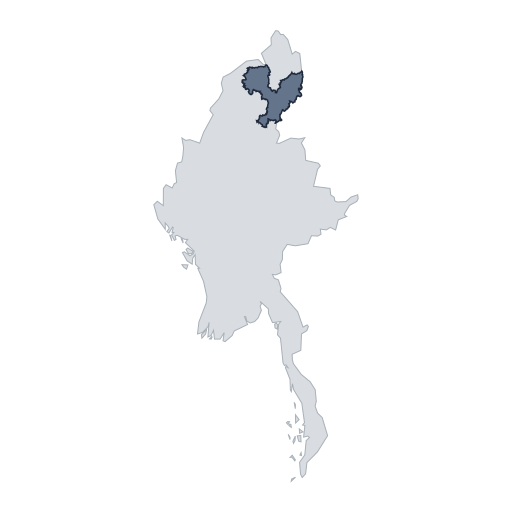 location of Myitkyina, Kachin, Myanmar
{"feature_id": "60261553B87045265182451", "entity_name": "Myitkyina", "entity_type": "district", "adm_level": 2, "iso_a3": "MMR", "parent_name": "Myanmar", "parent_adm1": "Kachin", "projection": "albers", "projection_center": [97.226, 25.827], "detail": "fine", "context": "in_parent", "style": "filled", "palette": "slate", "viewbox_px": 512, "rotation_deg": 0, "n_neighbors": 0, "source": "geoboundaries", "source_scale": "gbopen_adm2", "svg_char_len": 9350}
<svg xmlns="http://www.w3.org/2000/svg" viewBox="0 0 512 512"><path d="M335.6,230.0L330.2,227.4L326.3,229.9L320.3,229.1L321.0,234.3L317.6,236.1L311.5,235.7L308.0,243.7L295.4,245.8L287.2,244.4L282.6,251.5L282.4,259.5L280.1,264.3L281.1,272.6L275.7,274.9L272.4,274.4L274.2,278.2L278.4,279.9L281.0,288.5L280.2,291.8L297.6,311.6L303.0,327.1L307.1,324.9L308.4,326.5L306.8,330.7L301.5,333.9L300.8,350.3L292.1,354.3L292.4,359.8L293.4,363.7L301.3,374.5L310.2,381.8L315.2,389.8L316.3,401.3L315.1,406.2L317.6,413.1L322.2,417.6L327.6,435.7L317.4,452.0L306.9,462.6L305.6,473.8L302.2,477.5L300.5,474.0L299.6,462.3L304.8,454.9L306.2,440.6L309.5,437.5L307.7,436.1L303.6,437.1L304.9,425.5L302.6,425.0L304.5,422.6L301.8,403.2L293.6,389.6L292.5,383.7L291.3,391.7L290.4,390.1L290.0,379.4L285.4,367.6L285.8,366.6L288.0,367.6L286.0,364.9L284.4,365.5L283.0,362.7L280.5,338.2L277.5,334.8L278.6,324.2L280.8,321.5L272.5,322.6L268.6,313.7L268.3,308.8L260.1,301.4L261.5,303.7L260.1,306.2L261.4,310.4L258.0,318.1L254.6,321.6L250.1,323.0L246.6,320.8L245.8,316.7L244.4,316.6L247.6,324.5L234.2,331.0L232.1,335.6L225.1,341.6L223.0,340.8L224.2,332.6L220.1,339.1L214.5,339.1L213.5,330.3L211.1,335.4L207.9,337.0L209.1,322.3L208.1,326.5L202.7,332.3L197.5,334.0L198.9,322.0L206.2,303.0L206.9,296.7L203.5,281.3L197.8,268.3L199.5,268.2L195.5,264.4L195.1,254.8L192.7,258.2L192.2,264.2L187.1,260.9L182.4,252.5L184.4,251.8L190.0,255.9L193.3,253.7L194.2,251.1L185.4,242.7L187.7,239.4L184.8,239.4L177.3,235.3L175.1,235.9L176.0,239.4L174.4,240.4L171.6,235.0L173.8,232.5L172.0,232.3L173.3,227.7L172.6,227.0L168.9,233.0L166.8,231.5L169.2,228.5L168.4,226.6L165.2,222.9L165.3,229.4L157.8,218.9L153.8,204.7L157.3,201.3L163.3,205.6L163.4,188.4L166.1,184.7L172.2,188.0L174.2,183.7L176.6,182.6L175.4,170.7L177.5,163.1L181.7,161.9L182.9,155.8L183.6,147.4L181.9,138.0L185.6,140.4L189.9,139.7L199.7,143.1L203.6,132.3L213.2,114.7L209.9,110.6L210.5,108.1L218.8,98.9L223.0,90.7L221.3,83.2L223.1,77.1L230.5,73.3L246.5,61.1L258.2,59.5L263.0,64.3L266.2,64.8L261.4,53.3L271.3,44.7L271.0,37.9L275.6,30.7L278.2,31.0L280.6,34.5L283.2,34.4L287.8,39.6L292.2,54.1L295.5,51.4L299.8,53.5L302.0,74.8L300.9,87.2L298.3,90.1L300.4,95.2L296.2,97.1L293.3,102.0L289.1,102.4L286.3,109.3L282.1,110.3L279.8,115.6L280.3,119.6L276.9,122.0L275.7,128.9L278.7,131.6L279.7,135.3L276.5,143.1L279.2,143.4L290.9,138.1L299.2,139.0L304.8,137.7L301.4,143.0L304.9,149.8L305.7,160.4L318.3,163.2L320.3,165.9L317.6,169.2L313.5,186.3L330.0,188.4L330.7,194.9L334.2,197.3L334.8,200.9L337.1,202.0L345.9,201.6L351.1,197.0L357.7,194.8L358.2,198.6L356.8,201.4L349.5,205.4L344.7,213.3L344.4,215.0L346.7,216.5L338.3,219.8L335.6,230.0ZM187.7,248.0L192.9,251.3L191.9,253.6L188.5,253.7L186.0,249.5L187.7,248.0ZM295.5,414.8L299.1,419.6L295.6,423.0L295.5,414.8ZM186.5,269.2L183.8,267.3L181.9,264.7L187.9,264.9L186.5,269.2ZM300.8,435.5L301.0,441.9L298.7,441.2L297.2,435.9L300.8,435.5ZM205.6,334.1L201.9,338.2L201.4,334.7L206.6,329.7L205.6,334.1ZM277.2,329.1L275.0,327.9L274.7,324.1L276.4,323.1L277.8,324.9L277.2,329.1ZM293.5,443.4L292.9,441.3L295.3,436.1L295.0,440.6L293.5,443.4ZM292.2,455.2L295.4,459.9L294.8,460.9L291.9,457.2L290.1,457.4L292.2,455.2ZM302.9,431.9L299.6,433.3L299.3,428.9L302.9,431.9ZM295.5,477.2L291.2,481.3L291.7,479.0L295.5,477.2ZM170.6,235.7L171.9,241.0L169.6,234.7L170.6,235.7ZM295.4,404.7L295.3,408.7L294.2,402.3L295.4,404.7ZM182.7,239.8L183.1,243.1L181.0,238.3L182.7,239.8ZM291.3,427.4L288.8,425.5L289.6,424.1L290.9,424.4L291.3,427.4ZM289.5,421.7L287.9,424.4L286.4,422.8L287.6,421.6L289.5,421.7ZM290.0,437.3L290.0,439.6L288.2,434.3L290.0,437.3ZM211.2,339.1L209.5,338.9L211.8,336.3L212.1,337.3L211.2,339.1ZM301.5,455.6L299.9,455.1L301.1,452.6L301.5,455.6Z" fill="#d9dde1" stroke="#a8b0b8" stroke-width="1"/><path d="M275.6,123.2L276.7,122.0L277.0,122.1L278.4,121.4L279.5,120.2L280.2,120.6L280.9,120.7L281.7,120.1L281.4,119.3L280.8,119.3L280.1,118.6L280.2,117.7L279.8,116.9L280.0,115.3L279.9,114.4L280.4,114.4L281.1,113.4L282.5,109.8L283.3,110.0L284.1,111.2L284.6,111.1L285.8,110.1L286.3,109.0L287.5,108.9L287.7,108.3L288.2,107.8L288.3,106.8L289.1,106.9L289.4,106.2L289.2,105.8L289.5,105.2L288.8,103.8L289.4,103.5L290.1,102.7L290.0,101.9L289.7,101.1L291.6,101.6L292.9,103.0L293.6,102.3L294.2,102.1L294.4,101.8L294.9,101.8L295.0,100.2L296.1,99.5L296.3,99.0L296.1,98.4L296.5,97.8L296.4,97.3L296.8,96.6L297.4,96.1L297.3,95.9L297.7,95.7L298.3,95.6L298.7,96.1L300.0,96.7L300.6,96.3L300.8,96.3L301.1,95.6L301.5,95.5L301.4,94.4L301.2,94.1L301.0,93.4L300.0,92.4L299.5,92.5L299.1,90.4L299.0,90.1L298.7,90.0L298.8,89.7L298.5,88.9L298.8,88.4L299.2,88.7L299.7,88.3L300.2,88.4L300.5,88.9L300.3,89.4L300.5,89.7L301.6,88.8L301.5,88.0L301.8,87.9L302.0,87.6L301.8,86.7L301.4,85.9L301.0,86.1L300.6,85.9L300.9,84.3L301.9,83.1L301.8,82.7L302.3,81.5L302.1,81.2L302.4,79.8L302.2,79.4L302.4,78.0L302.7,77.7L302.9,77.1L302.9,76.6L302.5,75.6L302.7,75.0L302.3,74.9L302.1,74.4L302.3,73.9L302.4,72.3L302.2,71.7L301.8,71.1L301.5,71.7L300.9,72.1L300.2,72.3L299.5,73.5L299.0,73.5L298.6,73.2L298.0,73.3L296.6,74.3L295.6,74.3L295.1,74.1L294.6,73.4L294.0,73.9L293.8,73.7L292.9,73.8L292.6,73.3L292.1,73.4L291.8,72.5L291.0,74.0L290.3,74.8L289.9,74.9L289.7,75.5L289.2,75.7L288.9,76.1L288.7,76.1L288.6,76.5L288.3,76.6L288.3,77.0L288.0,77.1L287.7,77.7L287.0,77.9L286.9,78.2L286.5,78.2L286.0,78.8L284.9,78.8L284.1,80.1L283.2,79.6L282.4,79.9L282.0,80.8L281.7,80.9L281.2,80.4L280.6,80.5L281.1,81.4L281.2,82.1L281.0,82.3L280.3,82.6L280.6,83.2L280.5,84.0L280.2,84.3L279.9,83.9L279.1,84.2L279.9,85.2L279.6,85.8L280.3,86.5L280.4,87.6L280.1,87.8L279.6,87.9L279.2,88.4L278.4,88.5L277.8,89.7L277.3,90.1L277.0,91.7L276.8,91.9L276.5,91.7L276.2,91.9L276.7,92.4L276.6,92.7L276.2,92.8L275.9,92.5L275.7,92.5L275.4,92.5L275.6,91.4L275.0,90.3L274.6,90.3L274.3,90.5L273.3,90.1L272.7,90.4L272.7,91.0L272.4,91.2L272.1,90.7L271.7,90.8L271.4,90.5L271.0,89.2L270.4,88.6L270.4,87.8L268.6,87.5L268.2,87.1L268.3,86.8L267.7,86.2L267.9,85.9L267.8,85.1L268.3,84.9L268.7,83.7L269.1,83.3L268.5,82.6L268.8,81.6L268.7,80.5L268.9,79.8L268.6,79.0L268.6,78.0L267.9,76.6L267.8,75.9L267.9,75.5L268.4,75.1L269.2,75.4L269.7,75.0L269.7,74.6L269.2,74.2L269.2,73.3L268.9,72.8L269.2,72.5L270.0,72.4L270.3,72.0L270.0,70.9L269.5,70.6L269.5,69.7L269.0,69.2L268.6,67.6L267.8,67.0L267.7,66.6L267.0,65.3L266.3,65.0L266.1,65.3L265.7,65.2L265.1,66.2L264.8,66.4L264.8,66.7L264.1,66.6L263.7,67.0L262.8,66.5L262.0,66.7L261.7,66.5L260.8,66.4L259.4,66.8L258.4,66.6L257.9,67.5L257.4,67.8L256.3,67.4L255.0,67.6L254.6,68.0L253.7,67.7L253.1,67.7L252.8,67.9L252.3,67.4L252.0,68.0L251.5,67.9L251.1,67.4L249.4,67.1L248.9,67.8L247.7,67.9L247.2,68.3L247.8,68.7L248.8,68.6L249.1,69.0L248.6,69.3L248.3,69.7L248.4,70.5L248.1,70.6L247.6,70.2L247.3,70.7L247.7,71.7L247.6,72.4L247.1,72.7L246.8,72.6L246.4,73.5L245.7,73.6L244.4,74.2L244.4,74.7L243.8,75.2L244.2,75.2L244.3,75.5L244.0,76.0L245.0,76.4L245.2,77.4L245.5,77.7L245.7,78.2L245.7,78.5L246.1,79.1L246.0,79.6L245.2,79.9L243.1,79.8L242.3,80.1L242.2,80.6L242.6,81.3L242.2,81.5L242.0,82.1L242.1,82.3L242.8,82.5L243.0,83.3L243.7,83.3L244.0,83.4L243.9,83.7L244.0,83.9L244.5,83.9L244.0,84.9L244.3,85.1L244.1,85.1L244.2,85.3L244.0,85.2L243.7,85.4L243.8,85.6L243.7,86.1L243.9,86.1L243.9,85.8L244.1,86.1L244.4,86.1L244.1,86.2L244.5,86.3L244.4,86.5L244.8,86.3L245.1,87.3L244.7,87.4L244.8,87.6L244.7,87.7L245.5,88.2L245.6,88.4L245.4,89.0L245.5,89.1L245.6,88.9L245.9,89.2L246.3,89.0L246.6,89.3L246.7,89.2L247.4,88.6L248.2,89.2L248.4,89.1L249.1,89.9L249.2,90.7L248.4,91.5L248.6,92.1L249.4,93.7L250.2,93.9L250.4,94.4L250.7,94.5L251.1,94.6L252.1,94.0L252.1,93.5L252.5,93.3L252.4,93.0L252.8,92.7L252.5,91.5L253.0,90.5L253.4,90.2L253.2,89.8L253.4,89.6L253.6,89.8L253.9,89.7L254.2,90.2L254.8,90.3L255.1,90.6L255.3,90.4L255.9,90.5L256.2,91.5L256.9,91.0L257.2,91.2L259.8,91.4L259.3,91.8L259.3,92.2L259.6,92.2L259.9,91.9L260.0,92.2L260.0,92.7L260.7,93.2L261.0,94.0L261.3,93.7L261.0,93.3L261.1,93.2L261.7,93.8L262.2,94.9L262.0,95.9L261.6,96.5L261.5,97.0L261.7,97.7L261.6,98.8L261.8,99.3L262.6,98.9L263.0,98.4L263.4,98.4L264.2,99.1L265.1,98.9L265.4,99.6L266.2,99.3L267.5,100.2L268.0,102.2L268.3,102.4L268.4,103.2L267.9,104.2L267.9,104.8L267.5,106.7L267.8,107.5L267.4,107.9L266.9,107.8L266.4,109.0L266.4,109.5L267.2,110.6L267.4,111.3L266.8,111.7L266.8,112.1L267.2,112.4L267.0,113.1L266.2,113.3L266.1,113.7L266.2,113.9L265.7,114.2L265.8,114.5L266.0,114.5L266.0,114.2L266.3,114.4L265.9,114.7L264.6,115.0L264.4,115.4L263.6,115.5L263.4,115.4L263.0,115.3L262.9,114.9L262.7,114.9L262.1,116.1L261.1,115.9L260.5,115.4L259.9,115.5L259.3,116.8L259.3,117.1L259.6,117.3L259.6,118.2L259.1,119.1L258.6,119.3L258.4,120.3L257.8,120.7L257.3,120.6L257.1,120.8L256.7,120.7L257.0,121.3L256.8,121.9L257.0,122.3L257.4,121.9L258.4,121.9L258.8,122.3L258.9,122.7L259.0,122.5L260.0,122.8L260.6,123.7L262.4,124.8L262.5,125.6L262.1,126.2L263.1,126.5L263.3,126.8L263.9,126.6L264.0,126.9L264.4,126.8L264.6,126.9L264.5,127.1L265.1,127.5L265.9,126.8L266.5,127.1L266.5,125.5L266.2,124.9L266.3,124.3L266.7,124.2L266.8,123.5L267.4,123.7L267.9,123.5L267.8,123.2L268.1,122.8L267.9,122.7L267.9,122.3L268.4,121.5L267.8,121.0L268.3,120.2L268.0,118.9L268.5,118.9L268.5,119.2L268.8,119.2L269.1,119.5L269.5,119.6L269.6,120.0L270.0,120.3L270.2,120.2L270.3,120.6L271.0,120.1L271.9,120.1L272.8,120.5L273.5,120.3L273.8,120.6L274.8,119.9L275.3,119.8L275.9,120.4L276.0,121.2L275.7,122.2L275.2,123.1L275.6,123.2Z" fill="#64748b" stroke="#1e293b" stroke-width="1.5"/></svg>